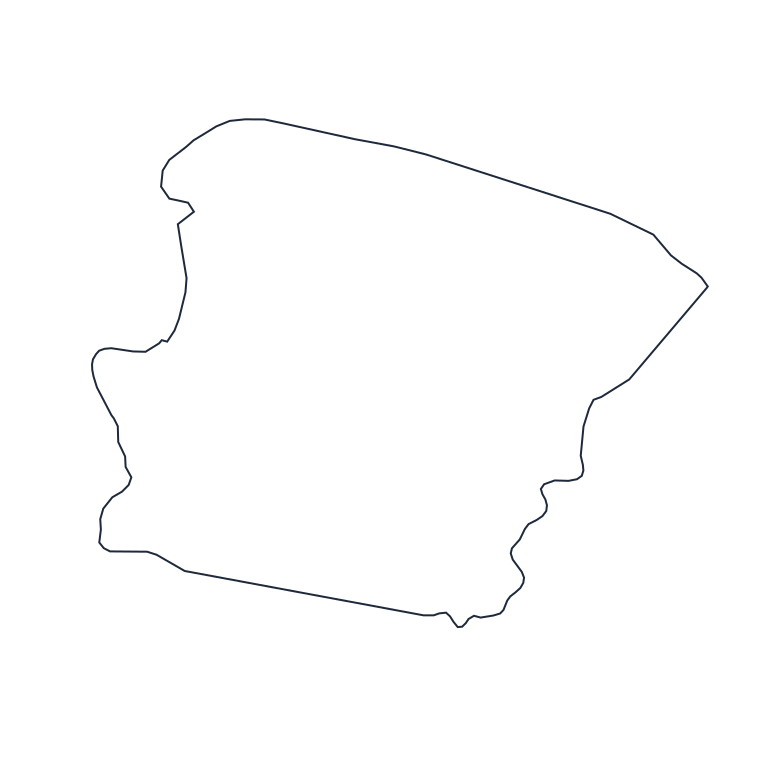 the District of Saramacca, rotated 15°
{"feature_id": "SUR-73", "entity_name": "Saramacca", "entity_type": "District", "adm_level": 1, "iso_a3": "SUR", "parent_name": "Suriname", "parent_adm1": "", "projection": "mercator", "projection_center": [-55.645, 5.696], "detail": "fine", "context": "isolated", "style": "outline", "palette": "slate", "viewbox_px": 768, "rotation_deg": 15, "n_neighbors": 0, "source": "natural_earth", "source_scale": "10m", "svg_char_len": 1529}
<svg xmlns="http://www.w3.org/2000/svg" viewBox="0 0 768 768"><g transform="rotate(15 384 384)"><path d="M158.0,399.2L163.6,399.2L167.8,386.6L169.1,374.1L168.5,346.9L165.9,332.9L152.2,302.7L143.5,283.0L155.8,266.8L147.8,259.6L138.1,260.0L128.7,260.5L117.6,251.1L115.0,235.1L118.6,223.1L131.5,206.2L137.0,197.9L147.5,186.9L155.3,178.6L166.9,169.8L181.3,164.3L200.1,159.4L219.5,158.3L292.1,155.1L332.3,151.9L365.2,151.4L558.5,161.0L605.5,170.0L627.9,185.5L640.5,190.8L657.5,196.2L663.1,199.1L671.5,206.0L671.0,207.4L619.7,316.1L597.2,340.3L590.5,345.0L588.5,354.3L587.7,373.4L592.6,402.4L597.0,410.6L599.0,416.0L598.8,421.5L595.1,426.0L587.3,429.8L573.8,433.0L564.6,439.4L562.7,444.8L565.6,449.5L569.8,453.8L572.8,459.0L573.6,464.7L571.2,470.6L566.6,475.9L559.9,481.9L557.6,487.6L555.4,499.0L550.1,509.6L550.3,514.9L553.8,520.3L565.7,529.8L569.4,534.8L570.0,540.0L568.5,545.7L564.8,551.4L561.0,556.4L559.1,561.2L557.9,571.3L555.6,575.6L549.6,579.3L537.8,584.6L530.9,584.6L526.5,589.1L524.9,593.8L522.3,598.2L518.1,599.7L512.5,595.6L508.0,591.4L503.1,588.8L496.7,591.3L491.9,594.6L482.2,597.2L239.9,616.2L208.5,607.8L198.6,607.3L162.7,616.6L155.8,615.1L150.0,610.8L148.2,597.9L144.9,588.0L145.1,577.0L150.9,563.7L158.8,555.8L163.5,547.6L164.1,539.5L155.9,531.0L152.7,521.0L142.3,508.8L137.8,493.7L131.9,487.1L128.8,484.7L107.6,461.6L101.5,451.9L98.6,446.0L96.9,440.6L96.5,435.5L98.1,429.8L100.2,425.6L104.8,422.4L111.4,420.0L133.2,417.5L145.3,414.6L156.3,402.9L158.0,399.2Z" fill="none" stroke="#1e293b" stroke-width="2"/></g></svg>